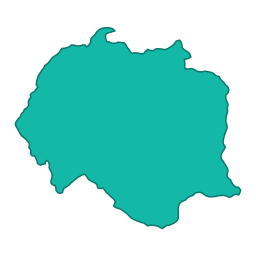 Comercinho, Minas Gerais, Brazil (Albers equal-area conic projection)
{"feature_id": "56859067B55549255445639", "entity_name": "Comercinho", "entity_type": "district", "adm_level": 2, "iso_a3": "BRA", "parent_name": "Brazil", "parent_adm1": "Minas Gerais", "projection": "albers", "projection_center": [-41.766, -16.287], "detail": "fine", "context": "isolated", "style": "filled", "palette": "teal", "viewbox_px": 256, "rotation_deg": 0, "n_neighbors": 0, "source": "geoboundaries", "source_scale": "gbopen_adm2", "svg_char_len": 3397}
<svg xmlns="http://www.w3.org/2000/svg" viewBox="0 0 256 256"><path d="M179.7,40.1L176.1,41.2L174.6,43.5L173.1,45.1L170.9,46.7L168.1,48.4L165.7,49.5L163.4,49.4L160.5,48.9L157.6,48.7L155.4,49.1L153.3,50.7L150.2,50.4L147.7,49.4L145.7,51.2L143.5,53.6L140.9,53.9L138.3,53.1L135.0,52.8L132.0,53.4L130.2,51.6L129.2,49.6L127.3,47.6L125.9,44.8L124.4,42.8L122.3,42.8L120.3,42.4L118.0,42.2L115.5,43.2L112.0,43.3L109.1,41.9L106.8,41.6L105.9,39.5L105.5,36.7L105.9,34.0L107.7,33.1L110.7,32.2L114.8,30.9L112.9,28.9L109.9,27.9L107.4,27.6L104.1,28.0L101.8,28.4L99.4,29.5L96.8,31.8L95.4,34.1L93.8,35.9L91.9,37.4L90.8,39.5L90.7,42.0L88.7,45.3L86.7,46.9L85.0,45.0L83.0,44.9L80.5,45.7L77.5,46.1L74.7,45.3L71.6,44.9L68.9,47.0L65.8,48.0L61.7,48.5L60.3,50.9L59.0,52.6L57.0,54.6L54.4,56.1L51.9,58.1L49.9,61.0L47.3,63.8L44.7,65.6L43.9,67.9L42.1,70.0L40.7,72.1L39.4,74.1L38.2,75.8L37.7,77.9L36.7,80.7L36.3,84.7L37.8,87.4L35.9,89.5L34.3,91.7L31.9,92.8L30.3,94.8L30.8,97.7L29.0,99.5L28.3,102.2L28.6,105.7L26.7,108.1L24.5,109.2L23.4,111.9L21.2,114.0L20.1,117.1L18.0,119.2L16.6,121.1L15.4,123.1L15.7,125.6L17.1,128.1L18.7,130.8L20.1,133.6L21.4,135.7L23.8,137.5L26.1,139.5L27.4,141.1L29.3,143.0L29.3,145.1L28.9,147.7L30.9,150.1L30.5,153.5L32.0,155.8L34.7,156.0L35.6,157.9L36.8,160.4L37.6,163.6L40.3,165.1L42.8,164.2L45.1,163.8L45.5,161.5L47.3,160.5L48.6,162.1L49.4,165.0L49.1,167.7L50.0,169.8L51.2,172.0L52.2,174.6L51.9,177.9L50.9,180.9L51.1,183.4L52.7,184.8L54.7,185.4L55.8,187.3L56.0,190.1L57.9,192.7L60.3,193.4L62.4,192.6L63.1,189.9L64.3,188.1L66.6,186.7L68.9,185.1L71.2,182.8L73.7,180.7L75.7,179.1L77.4,177.5L79.8,176.4L82.0,174.9L84.9,174.3L86.7,176.6L88.2,179.0L90.4,180.7L92.6,181.9L95.0,183.0L96.7,184.4L97.9,188.0L100.8,188.5L103.5,188.3L104.9,190.5L106.2,192.2L107.7,193.7L109.4,195.1L111.2,197.0L113.7,199.1L115.3,201.4L114.7,203.5L113.6,206.0L115.8,207.6L118.5,208.4L121.1,209.3L123.6,211.2L126.8,213.6L128.9,215.6L130.7,217.6L133.2,219.2L136.0,220.5L138.7,221.4L141.0,222.4L144.0,223.1L145.9,224.5L147.7,225.9L149.8,225.3L152.7,225.3L155.4,225.6L158.0,226.3L160.5,227.7L162.7,228.4L165.1,226.4L166.9,225.4L169.1,225.3L171.6,224.2L174.0,223.1L176.7,221.1L178.3,218.6L178.3,215.6L178.4,212.0L178.1,209.1L178.4,206.6L179.2,204.2L180.4,202.6L182.4,201.2L185.7,200.0L187.9,197.4L190.4,196.3L193.1,195.3L195.2,193.1L198.9,192.1L201.4,192.7L203.3,193.9L205.9,195.7L209.2,196.8L211.6,196.8L214.3,196.6L216.9,196.1L219.1,195.7L221.3,195.5L224.1,195.3L226.8,196.1L229.1,197.4L231.5,196.6L234.3,194.6L236.4,194.2L238.8,194.9L239.9,192.6L240.6,190.0L238.5,187.3L235.9,187.1L233.3,185.1L231.4,182.0L230.7,180.0L228.7,178.6L227.0,176.1L227.4,173.4L227.9,170.6L227.4,168.3L226.1,166.1L224.5,163.5L222.8,160.6L221.3,158.9L220.8,156.8L221.3,154.7L222.3,152.2L224.0,149.7L225.3,147.2L223.4,144.0L223.1,141.3L223.5,139.1L224.0,136.9L224.9,133.9L225.9,131.0L227.1,128.3L226.9,124.5L225.8,122.1L226.0,118.7L226.2,116.1L227.4,113.0L227.6,110.1L227.3,107.6L228.1,105.2L227.6,103.0L226.4,100.4L225.6,97.6L226.1,94.8L228.2,92.7L228.8,89.9L228.2,87.4L225.3,84.7L223.8,82.4L221.9,80.6L220.2,78.9L219.0,76.5L216.1,75.9L214.4,74.3L212.7,72.9L210.4,72.2L208.2,71.8L205.3,71.2L201.7,71.9L198.8,71.6L196.7,71.2L194.2,69.4L191.4,68.6L187.7,69.1L184.8,68.4L184.8,65.7L184.8,62.3L184.3,59.5L186.6,59.0L188.9,58.3L190.9,56.8L189.8,54.0L187.6,51.7L184.5,50.0L182.2,47.6L181.5,42.8L179.7,40.1Z" fill="#14b8a6" stroke="#0f766e" stroke-width="1.5"/></svg>